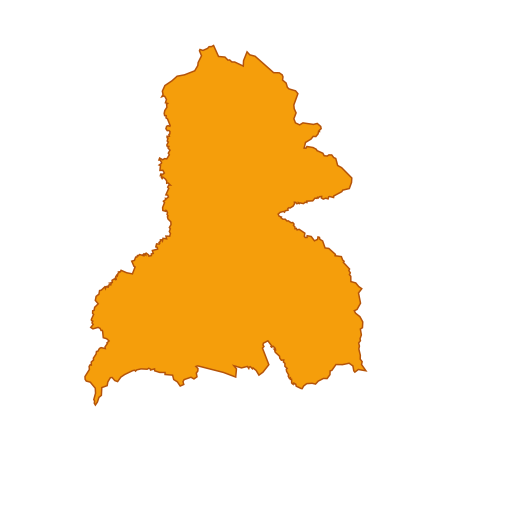 Wang Chan, Rayong, Thailand (Albers equal-area conic projection), rotated 198°
{"feature_id": "78962969B3621953586830", "entity_name": "Wang Chan", "entity_type": "district", "adm_level": 2, "iso_a3": "THA", "parent_name": "Thailand", "parent_adm1": "Rayong", "projection": "albers", "projection_center": [101.511, 12.97], "detail": "fine", "context": "isolated", "style": "filled", "palette": "amber", "viewbox_px": 512, "rotation_deg": 198, "n_neighbors": 0, "source": "geoboundaries", "source_scale": "gbopen_adm2", "svg_char_len": 6148}
<svg xmlns="http://www.w3.org/2000/svg" viewBox="0 0 512 512"><g transform="rotate(198 256 256)"><path d="M233.4,397.2L234.5,399.2L238.7,401.0L242.0,398.9L252.5,397.1L255.0,394.2L259.6,394.8L262.4,398.2L262.1,404.5L265.2,407.9L266.7,411.3L266.3,423.3L269.4,425.3L276.2,425.1L278.3,426.1L280.8,429.8L285.1,431.5L285.7,434.7L287.1,436.4L290.5,437.4L295.9,435.8L318.6,445.7L324.1,445.4L327.6,447.4L328.2,437.9L326.8,432.7L336.2,433.9L338.9,433.1L341.6,434.3L343.2,433.6L347.0,435.6L353.3,434.2L361.4,443.1L363.0,441.4L365.3,440.6L366.2,438.5L370.0,435.1L373.1,435.1L373.2,433.7L369.7,429.6L370.8,422.1L370.2,419.1L371.5,413.2L380.0,406.2L386.6,402.6L390.1,396.6L395.3,390.0L396.0,383.8L394.3,380.9L394.8,378.4L393.2,379.7L392.0,379.5L389.5,377.2L389.5,373.7L387.2,373.8L387.9,372.6L386.7,369.9L387.7,366.2L387.4,363.3L386.3,361.3L384.8,361.7L384.2,359.5L382.6,359.1L377.9,353.5L378.0,352.7L379.9,352.8L381.1,351.7L381.0,349.2L379.2,347.8L377.4,348.4L376.3,347.8L375.7,345.5L376.4,344.7L375.4,343.1L377.6,342.4L377.1,341.0L376.1,340.9L376.0,337.9L374.6,337.3L375.1,334.0L374.3,332.8L372.1,333.5L373.3,332.7L372.9,331.4L370.5,330.1L371.2,326.7L369.7,325.5L370.9,320.8L373.0,320.4L374.5,318.7L377.9,319.4L378.0,317.3L376.7,317.6L374.8,315.9L374.6,314.8L376.2,312.6L374.8,312.5L373.8,307.7L371.1,308.7L368.8,306.6L369.7,305.1L371.9,304.5L371.8,303.1L370.7,303.9L370.5,301.8L369.2,300.7L368.9,302.2L366.2,301.3L364.2,299.9L363.4,297.6L362.2,298.3L359.4,297.0L360.8,296.6L361.3,294.2L359.9,293.3L360.6,286.3L358.8,286.6L357.5,285.1L358.9,282.9L359.9,282.8L359.3,281.8L361.0,279.5L359.5,278.5L359.8,273.2L358.7,270.5L355.8,270.6L355.8,271.6L355.1,271.5L353.5,269.8L353.5,268.1L352.1,267.0L352.4,265.9L351.1,264.0L347.6,262.2L346.5,259.6L347.2,256.3L345.9,255.4L346.0,252.5L344.3,250.9L344.2,248.1L347.8,247.1L346.3,244.7L349.9,244.1L349.6,241.4L350.6,242.3L351.9,241.8L351.4,240.4L352.4,239.0L351.5,238.5L351.6,237.5L354.3,236.8L354.1,233.7L352.5,233.7L351.7,232.1L356.3,229.2L354.5,226.7L356.2,225.6L355.6,224.1L358.4,222.4L357.7,223.0L358.5,223.8L361.3,224.8L362.1,224.0L361.3,222.9L362.9,223.2L362.6,221.6L363.5,221.5L363.8,222.5L364.3,221.6L367.2,221.4L368.1,219.8L368.9,219.8L369.0,218.2L370.1,217.8L370.3,214.2L372.6,212.7L368.9,208.5L367.6,208.2L368.0,200.8L373.8,200.1L379.9,200.7L380.1,199.2L381.5,198.5L380.9,198.2L381.9,197.0L381.7,194.3L382.5,194.8L383.0,192.9L382.0,191.0L382.8,191.2L382.5,190.2L383.7,190.4L385.4,188.4L384.5,186.4L386.1,185.4L385.3,185.4L385.2,183.6L386.8,183.7L386.9,180.7L388.1,180.5L388.1,181.2L389.4,180.3L389.2,178.7L390.3,179.9L392.6,175.7L394.1,174.8L393.6,171.2L395.6,168.2L395.1,164.1L391.3,161.8L393.6,157.4L393.2,154.3L394.4,153.4L393.7,151.0L392.4,150.3L393.0,144.8L392.5,143.8L391.1,143.6L391.3,141.7L389.7,140.6L391.1,137.0L388.6,136.3L384.1,139.3L381.9,139.0L380.3,137.3L379.2,137.7L378.6,137.0L376.0,131.1L372.5,131.2L369.5,129.8L370.9,127.3L370.3,126.9L371.5,122.9L370.7,121.4L375.0,121.0L376.3,119.7L377.0,116.5L378.2,115.9L377.8,113.3L379.1,108.6L378.4,107.0L379.9,104.2L378.9,101.4L380.1,101.3L380.6,99.4L379.4,96.6L381.4,88.5L380.4,85.9L378.8,84.6L374.6,84.8L368.0,80.6L366.2,75.9L365.9,69.3L364.7,68.2L364.3,66.0L362.7,64.6L361.7,68.1L361.7,73.0L360.0,75.7L362.0,83.2L357.5,86.7L358.0,90.5L356.9,95.3L355.3,96.0L351.8,93.9L348.8,93.8L347.1,99.1L344.2,102.8L337.7,109.0L336.0,109.9L335.0,109.3L334.3,110.8L330.5,113.1L324.5,114.7L323.3,116.1L321.3,115.8L321.0,115.0L317.6,117.3L316.9,115.5L311.7,115.5L306.5,117.1L305.9,115.2L298.5,116.9L296.1,113.1L291.9,112.0L287.9,108.9L285.0,111.5L286.6,113.9L286.2,116.2L280.4,120.6L277.0,119.9L274.8,122.9L276.6,126.2L275.8,128.6L276.4,131.0L279.0,132.4L277.5,133.5L251.0,135.2L237.9,134.6L239.7,142.6L243.1,144.8L235.2,145.1L230.1,148.3L228.1,146.8L228.1,148.3L227.2,149.0L224.5,147.6L224.2,148.6L220.5,147.2L216.4,143.6L213.5,147.6L210.2,156.6L221.4,170.4L220.5,172.4L221.9,173.5L222.0,175.4L218.5,179.0L213.3,175.4L213.8,174.6L213.0,174.1L211.8,175.4L209.8,174.5L208.9,173.6L210.0,173.0L208.4,172.4L208.9,171.7L207.9,170.4L202.7,168.0L201.8,166.2L199.7,164.7L197.5,165.7L197.2,163.7L195.3,162.8L194.4,160.0L191.6,158.7L192.2,157.6L191.3,155.8L188.1,152.9L188.3,151.8L186.5,150.0L185.7,150.8L185.2,149.3L184.1,149.7L182.9,146.3L181.7,145.6L180.9,146.7L180.4,145.8L180.0,146.6L178.6,146.4L177.5,144.6L172.1,143.9L171.1,144.1L170.5,147.1L168.3,150.3L163.3,152.3L159.8,152.6L158.1,156.3L154.0,160.4L150.5,161.4L149.0,166.0L150.0,169.6L148.5,170.7L146.4,177.5L140.2,179.4L134.3,182.8L129.9,181.4L127.5,177.0L126.1,176.1L123.6,179.7L116.0,180.8L122.1,185.4L122.4,188.3L125.0,190.1L126.1,193.8L129.5,199.4L129.8,202.3L131.5,205.0L130.5,207.7L131.5,209.4L131.4,213.5L134.2,218.8L132.6,220.7L134.1,226.3L138.4,230.4L143.7,232.4L145.6,234.3L143.4,236.4L142.0,243.4L147.1,252.5L145.3,257.6L148.9,258.7L152.8,261.2L157.9,261.0L159.6,266.0L161.4,267.1L161.1,269.1L163.2,270.9L163.0,272.5L170.9,276.9L170.6,278.2L172.4,279.0L174.6,281.8L180.9,280.7L181.0,282.1L189.1,285.7L192.8,285.0L197.3,290.9L200.4,291.6L201.4,293.3L202.9,293.3L202.6,290.8L205.1,288.5L209.5,291.6L213.6,291.1L213.2,289.4L214.9,288.8L216.1,289.6L216.6,292.8L223.2,294.7L225.0,293.5L226.2,294.7L227.3,294.0L228.1,295.8L229.8,296.7L229.7,298.1L231.4,299.2L232.9,298.5L236.1,299.4L237.4,298.9L239.6,300.0L241.9,299.3L244.1,300.1L243.9,300.9L246.3,301.0L247.9,302.7L246.5,305.0L243.8,306.8L242.4,306.5L242.2,308.1L239.7,309.4L240.4,310.9L239.7,312.1L238.4,312.2L236.1,314.9L235.5,317.6L236.1,319.0L234.7,319.3L233.5,318.3L232.0,319.1L232.2,319.8L230.9,319.3L230.6,320.1L227.0,320.5L226.0,322.2L224.1,322.6L224.7,323.8L219.1,326.0L217.8,329.2L215.9,329.6L215.7,330.7L214.8,330.3L214.0,332.0L212.0,332.9L211.8,331.4L209.6,330.9L207.6,332.5L205.1,332.6L205.2,334.7L204.5,335.3L200.3,335.6L200.6,337.1L194.3,343.7L193.9,345.4L188.1,349.0L187.9,355.5L189.0,359.8L201.9,366.5L206.3,367.3L210.3,373.4L212.5,373.6L215.2,375.5L217.9,374.7L219.1,373.1L222.1,372.4L224.2,374.4L230.6,375.1L231.6,376.1L235.2,376.8L241.4,375.9L241.8,374.0L243.6,373.5L244.0,379.3L239.8,384.2L238.6,387.4L236.0,388.1L234.7,391.3L235.0,394.0L234.1,394.0L234.5,395.4L233.4,397.2Z" fill="#f59e0b" stroke="#b45309" stroke-width="1.5"/></g></svg>